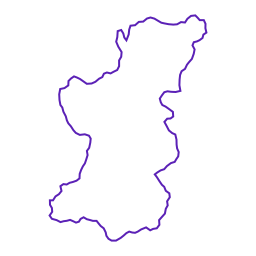 Santo Antônio do Aventureiro, Minas Gerais, Brazil (Natural Earth projection)
{"feature_id": "56859067B95763753347810", "entity_name": "Santo Antônio do Aventureiro", "entity_type": "district", "adm_level": 2, "iso_a3": "BRA", "parent_name": "Brazil", "parent_adm1": "Minas Gerais", "projection": "natural_earth1", "projection_center": [-42.811, -21.75], "detail": "fine", "context": "isolated", "style": "outline", "palette": "violet", "viewbox_px": 256, "rotation_deg": 0, "n_neighbors": 0, "source": "geoboundaries", "source_scale": "gbopen_adm2", "svg_char_len": 2328}
<svg xmlns="http://www.w3.org/2000/svg" viewBox="0 0 256 256"><path d="M206.4,32.6L205.4,28.2L205.5,23.8L203.8,20.1L199.7,20.1L197.6,17.7L195.3,15.4L191.0,15.9L187.4,18.8L185.0,22.5L181.0,22.1L177.1,24.3L173.3,24.6L168.6,24.2L164.4,23.4L161.3,22.7L157.9,20.7L154.4,18.6L150.5,17.5L147.0,18.5L143.2,21.6L138.8,21.9L135.1,25.2L130.5,25.7L129.2,29.6L128.7,34.4L126.4,40.3L124.3,37.5L123.3,33.5L121.2,30.0L117.7,31.1L117.3,37.1L116.2,41.7L118.3,46.7L121.6,52.1L121.2,56.8L119.1,60.4L119.1,66.2L117.2,70.0L113.7,71.7L110.6,73.4L106.9,72.5L103.9,73.7L102.3,77.1L99.1,78.7L95.4,81.8L91.6,83.5L86.8,83.8L83.0,81.1L80.0,79.0L76.9,77.5L74.0,76.4L71.0,78.5L68.5,81.0L68.3,85.4L64.5,88.1L60.2,89.0L59.2,94.3L59.5,100.0L60.4,105.0L62.3,107.5L63.4,111.7L65.8,116.3L66.9,120.4L68.3,123.3L70.9,126.3L73.4,130.2L75.8,132.9L79.8,134.9L84.8,134.3L89.0,135.7L90.7,138.6L90.3,142.6L89.2,147.8L86.9,150.9L87.6,155.1L86.1,159.9L84.9,163.4L82.9,166.3L81.1,170.0L79.7,173.9L79.5,178.4L76.5,180.7L72.8,182.0L69.6,182.8L66.7,184.5L63.4,184.1L60.4,186.2L61.5,191.0L58.9,194.2L55.5,196.4L53.0,200.3L49.9,200.3L50.0,204.8L51.9,208.0L52.2,211.8L49.6,215.5L51.9,218.8L56.6,220.1L60.5,222.1L63.7,221.2L66.8,220.8L70.1,219.9L73.1,221.2L76.0,222.6L78.9,221.7L80.6,218.9L83.6,217.3L86.8,219.2L89.9,220.0L93.0,220.9L96.6,220.9L98.8,223.7L100.7,226.0L103.7,228.3L105.7,232.4L106.4,235.8L108.5,238.8L111.6,240.6L116.0,240.6L120.7,237.9L123.6,235.6L126.4,233.1L129.2,231.6L132.2,232.5L135.1,232.8L137.8,231.6L141.2,229.4L146.1,227.4L150.2,230.3L153.1,228.9L156.8,228.3L159.4,224.8L159.1,220.1L162.3,216.5L164.9,213.6L165.8,208.8L167.7,205.4L167.1,201.3L169.8,197.2L169.3,193.3L165.8,190.8L164.2,186.8L161.9,184.8L159.4,181.1L157.0,177.3L154.8,174.4L157.4,172.4L160.6,170.4L164.2,169.2L166.9,166.1L170.9,163.1L174.7,161.9L176.4,159.0L178.2,156.4L178.7,152.1L177.1,148.4L176.6,144.6L176.5,139.7L175.3,134.5L172.2,133.1L168.9,130.4L166.9,126.5L164.4,121.9L167.2,118.7L170.5,118.5L173.2,116.5L172.9,111.9L168.7,108.8L165.6,106.6L162.3,105.0L160.8,102.3L159.8,98.6L161.9,95.4L164.3,92.2L167.5,91.3L171.1,91.8L175.6,92.0L180.4,90.9L179.4,85.2L179.6,79.6L180.1,74.9L181.6,71.2L185.0,68.9L187.0,64.7L188.9,62.3L191.9,58.9L193.7,53.9L194.6,49.4L192.5,45.4L193.8,42.2L197.0,41.4L199.5,40.2L202.5,38.0L203.4,34.6L206.4,32.6Z" fill="none" stroke="#5b21b6" stroke-width="2"/></svg>